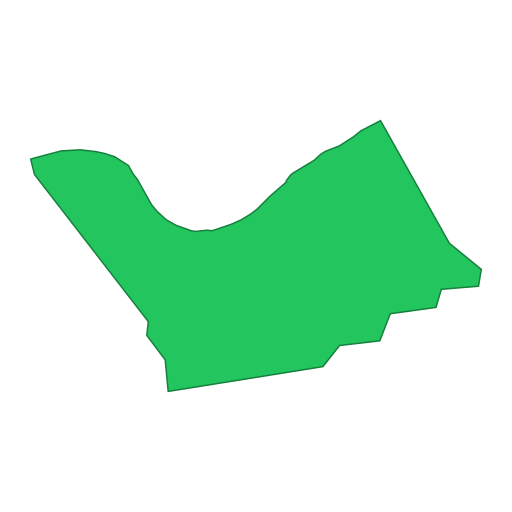 the district of Carroll, Kentucky, United States of America
{"feature_id": "52423323B55040990829980", "entity_name": "Carroll", "entity_type": "district", "adm_level": 2, "iso_a3": "USA", "parent_name": "United States of America", "parent_adm1": "Kentucky", "projection": "equal_earth", "projection_center": [-85.147, 38.671], "detail": "fine", "context": "isolated", "style": "filled", "palette": "green", "viewbox_px": 512, "rotation_deg": 0, "n_neighbors": 0, "source": "geoboundaries", "source_scale": "gbopen_adm2", "svg_char_len": 738}
<svg xmlns="http://www.w3.org/2000/svg" viewBox="0 0 512 512"><path d="M322.9,366.6L339.6,345.5L379.8,340.8L390.3,313.7L436.0,307.4L441.3,289.3L478.5,286.2L481.3,269.4L449.4,243.3L380.5,120.6L360.9,130.8L352.9,137.2L339.1,146.0L325.9,151.1L320.9,154.1L314.3,160.2L293.1,173.0L290.4,175.2L286.3,180.7L286.3,182.0L270.0,196.2L256.8,209.4L250.4,214.2L241.2,219.8L230.7,224.5L212.2,230.7L207.0,230.2L195.5,231.4L191.8,230.9L179.3,226.5L176.0,225.3L166.1,219.7L157.2,211.5L151.6,204.8L137.4,179.4L133.1,173.9L128.5,165.6L114.6,156.7L104.7,153.5L95.8,151.6L80.3,149.8L61.2,150.9L33.3,158.3L30.7,159.2L34.5,174.5L148.3,321.6L146.8,335.4L165.2,359.9L168.2,391.4L217.0,383.6L322.9,366.6Z" fill="#22c55e" stroke="#15803d" stroke-width="1.5"/></svg>